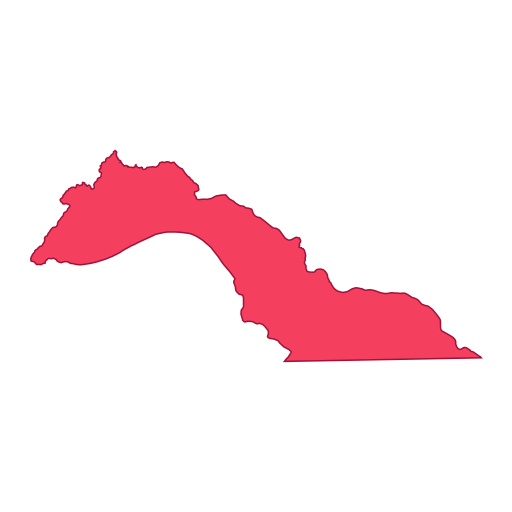 outline of Potosí, Nariño, Colombia
{"feature_id": "7082276B28332930136844", "entity_name": "Potosí", "entity_type": "district", "adm_level": 2, "iso_a3": "COL", "parent_name": "Colombia", "parent_adm1": "Nariño", "projection": "albers", "projection_center": [-77.52, 0.734], "detail": "fine", "context": "isolated", "style": "filled", "palette": "rose", "viewbox_px": 512, "rotation_deg": 0, "n_neighbors": 0, "source": "geoboundaries", "source_scale": "gbopen_adm2", "svg_char_len": 5976}
<svg xmlns="http://www.w3.org/2000/svg" viewBox="0 0 512 512"><path d="M115.1,150.6L113.5,151.8L113.5,152.9L113.3,153.4L111.3,154.9L110.3,156.5L109.1,157.4L106.9,158.1L106.4,158.5L105.6,160.0L105.7,160.9L105.5,161.5L104.9,161.9L103.6,162.0L101.8,163.1L101.3,165.6L100.3,165.8L100.3,166.5L100.9,167.7L100.8,168.2L100.3,168.8L99.4,169.2L99.1,170.0L99.3,171.3L99.6,171.9L101.2,172.7L101.5,173.1L100.9,176.6L100.2,177.4L98.0,178.2L97.3,179.2L97.3,180.4L97.0,180.9L95.4,182.0L94.5,183.1L93.9,184.3L93.8,184.8L94.2,186.5L94.2,187.5L94.1,188.0L93.5,188.6L92.2,189.1L91.7,189.1L91.2,188.5L90.6,186.9L89.3,185.2L88.8,185.1L88.0,185.4L87.3,186.0L86.6,186.1L85.9,184.5L84.7,184.1L84.6,182.9L82.9,182.4L82.7,182.4L82.4,182.8L82.4,184.3L82.1,185.0L81.4,185.0L79.8,185.6L79.3,185.5L77.8,184.6L76.9,184.8L76.6,185.1L76.0,187.3L75.7,187.6L75.2,187.7L74.1,187.3L73.1,187.2L71.4,187.4L70.2,188.4L68.9,188.8L68.0,190.5L66.2,191.2L66.0,192.0L64.5,193.7L63.9,194.9L63.1,195.2L63.2,196.0L62.8,196.7L62.6,197.4L60.4,199.1L60.1,200.1L61.1,201.9L62.6,203.2L62.9,203.9L64.6,204.0L66.1,203.6L68.3,204.3L69.6,205.2L69.8,206.0L69.7,206.6L67.9,208.6L66.9,211.0L66.4,211.5L64.8,212.3L63.7,213.2L63.3,215.4L62.9,216.1L61.5,217.4L60.1,219.5L58.2,221.5L57.6,223.1L57.3,225.5L56.5,226.1L55.7,227.1L53.1,227.4L52.4,227.9L50.6,229.9L49.3,232.1L48.1,233.5L47.3,235.8L45.9,236.3L45.1,237.0L44.5,238.3L44.8,239.9L44.5,240.6L44.4,242.1L43.3,243.2L42.1,245.6L41.8,245.9L39.9,246.3L38.2,247.8L37.3,249.1L35.9,249.8L35.0,250.5L34.8,251.6L34.3,252.5L32.5,254.4L32.1,255.6L31.4,256.6L30.7,259.3L31.1,261.1L33.1,261.5L34.4,262.0L36.4,264.4L37.5,264.6L38.8,264.4L40.9,264.7L41.7,264.3L43.0,263.5L45.0,263.3L45.3,261.3L46.1,260.4L46.8,260.0L47.0,259.6L48.2,258.6L49.4,258.4L51.7,258.8L52.5,258.3L53.1,258.1L53.8,258.3L56.3,259.7L57.5,261.4L59.9,262.4L61.3,262.7L62.7,262.1L65.1,261.6L66.6,261.7L68.1,261.9L69.3,262.8L70.7,263.4L73.9,263.8L75.9,264.4L79.8,264.8L82.4,264.6L90.3,263.4L95.7,262.2L98.6,261.3L105.8,259.0L112.6,256.2L119.0,253.0L124.0,249.8L131.3,245.8L134.5,244.4L138.1,242.5L152.9,235.7L154.6,234.8L156.1,234.2L162.9,232.7L166.2,232.1L168.1,232.0L174.9,232.0L179.6,232.2L187.1,233.1L189.3,233.5L191.1,233.9L196.2,236.1L199.6,238.2L202.8,240.3L210.0,246.5L211.4,248.0L218.5,257.0L221.3,261.4L223.9,264.8L230.1,272.1L234.9,278.6L234.8,279.3L233.7,281.4L233.8,282.3L234.0,283.3L234.5,284.3L235.4,286.9L235.7,289.9L236.1,290.8L236.5,291.6L239.2,294.3L242.0,294.9L242.8,295.5L243.5,297.9L243.5,307.0L241.3,310.1L241.1,311.9L241.0,314.2L242.8,320.4L244.0,321.6L245.0,322.0L247.4,321.3L251.2,321.4L253.4,321.9L254.6,322.8L257.1,323.9L258.6,323.4L260.3,323.6L262.1,324.2L263.2,324.9L264.9,326.5L267.8,330.1L268.4,331.4L268.3,333.9L267.5,336.5L268.1,337.6L269.9,338.4L273.9,339.0L277.9,340.6L278.7,341.5L279.3,342.6L283.9,346.9L288.8,349.5L290.6,351.0L291.1,351.8L291.1,352.5L290.8,353.1L288.0,357.3L286.0,359.3L284.4,361.4L481.3,357.8L480.6,356.9L479.3,356.2L474.2,352.6L472.9,351.8L471.1,351.4L469.6,349.7L468.9,349.4L466.5,347.8L464.4,347.4L462.9,348.0L461.5,349.1L459.8,349.4L458.1,348.7L456.6,346.6L455.7,344.0L455.7,341.5L455.1,339.9L453.5,337.8L449.9,335.4L444.4,332.3L442.6,331.4L441.4,330.4L440.7,328.9L440.5,327.3L440.5,321.9L440.3,320.0L439.3,318.1L436.6,314.4L432.6,309.6L431.4,308.6L428.2,306.2L424.6,305.3L421.9,304.2L421.4,303.8L418.7,300.7L417.6,299.7L415.1,298.4L411.8,297.3L407.4,294.4L405.4,293.4L404.3,293.1L399.9,293.4L398.0,293.1L395.6,293.1L391.7,292.7L386.8,293.5L384.7,293.5L381.2,292.9L379.0,292.2L375.5,290.9L373.1,290.2L369.7,289.7L366.0,290.2L365.0,290.2L362.2,288.9L357.4,287.9L355.5,287.8L352.2,288.8L347.8,291.4L345.1,292.1L343.2,292.4L341.5,292.2L338.3,291.3L337.2,290.9L335.6,289.7L334.1,288.4L333.0,287.0L331.0,283.6L330.7,282.6L329.4,281.7L329.2,280.5L327.8,277.9L327.4,275.3L326.8,273.6L325.3,271.5L323.6,270.0L322.5,269.5L321.0,269.1L319.4,269.1L317.5,269.4L316.4,269.8L314.5,271.9L313.6,272.2L309.9,272.1L308.5,271.8L307.1,271.3L305.8,268.2L306.1,266.7L305.9,265.6L305.1,264.6L304.3,262.4L305.2,260.4L305.3,257.1L305.7,256.0L305.5,254.4L304.7,251.5L304.1,249.9L303.1,248.7L302.1,248.7L301.4,247.7L301.0,247.6L300.2,247.7L299.1,247.2L299.2,246.1L299.7,245.3L299.3,244.5L299.5,243.4L300.3,242.4L300.6,241.5L300.6,240.6L300.2,239.5L299.4,238.8L299.6,238.1L296.5,237.3L295.4,237.5L292.2,239.3L289.6,240.2L288.3,240.0L286.3,239.0L284.8,237.8L280.0,231.1L278.5,229.5L276.0,228.3L273.7,228.1L273.0,227.8L270.0,225.6L265.4,221.8L260.3,217.8L259.5,217.5L257.4,217.2L255.1,215.9L254.0,214.7L253.2,213.5L251.8,209.3L248.7,208.2L245.4,207.8L244.4,206.8L243.3,206.1L239.9,205.8L235.5,203.1L233.8,201.4L229.3,198.9L225.7,194.9L221.1,195.1L216.4,195.9L214.9,196.5L211.6,198.4L207.3,199.3L202.8,199.2L198.9,199.6L197.4,199.4L196.5,199.0L196.2,197.2L194.5,194.6L194.4,193.8L194.7,193.1L194.6,192.2L194.8,191.8L196.6,191.3L198.6,190.3L198.8,189.0L198.5,187.8L198.1,186.8L198.2,185.7L196.1,183.7L193.5,182.4L192.7,180.6L191.0,179.4L189.4,177.2L188.5,176.9L187.7,176.2L184.7,172.7L183.4,170.5L182.1,168.8L180.3,168.1L178.2,166.7L176.1,164.7L174.0,162.3L173.0,162.3L172.0,162.8L170.8,162.9L170.2,162.7L169.5,162.2L167.7,161.8L166.0,161.9L164.6,162.5L163.3,162.4L162.8,162.0L161.9,162.1L159.9,162.7L159.6,163.1L158.4,165.4L156.1,167.1L155.1,167.2L153.5,166.8L152.6,166.8L147.4,167.4L146.7,167.7L146.3,168.3L145.5,169.0L144.4,169.3L143.6,169.4L143.0,169.2L142.4,168.5L142.3,167.6L141.6,167.2L141.3,167.2L140.8,167.6L139.2,167.8L138.1,167.5L136.9,166.7L136.3,166.0L136.0,164.8L135.6,165.0L135.4,165.2L134.7,167.1L133.6,167.6L133.1,167.3L132.5,167.5L131.1,167.2L129.2,167.2L128.8,167.1L128.6,166.6L127.8,167.0L127.5,166.7L127.5,166.0L126.1,165.4L125.1,165.6L124.2,166.1L123.8,165.8L123.2,164.7L122.0,163.8L121.5,162.4L121.2,162.2L120.4,162.3L120.9,161.7L120.8,161.1L120.4,160.6L119.2,160.4L119.0,160.2L118.7,159.3L118.1,159.2L117.9,158.1L117.3,157.5L116.3,155.4L116.4,155.1L116.1,154.7L116.7,152.4L116.6,151.8L116.3,151.4L115.3,151.0L115.1,150.6Z" fill="#f43f5e" stroke="#9f1239" stroke-width="1.5"/></svg>